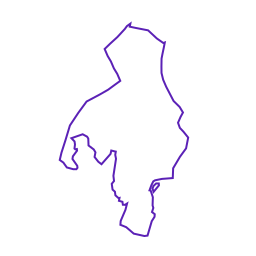 outline of Yonan, Hwanghae-namdo, North Korea, rotated 11°
{"feature_id": "82179303B35883429877711", "entity_name": "Yonan", "entity_type": "district", "adm_level": 2, "iso_a3": "PRK", "parent_name": "North Korea", "parent_adm1": "Hwanghae-namdo", "projection": "equal_earth", "projection_center": [126.071, 37.915], "detail": "fine", "context": "isolated", "style": "outline", "palette": "violet", "viewbox_px": 256, "rotation_deg": 11, "n_neighbors": 0, "source": "geoboundaries", "source_scale": "gbopen_adm2", "svg_char_len": 1588}
<svg xmlns="http://www.w3.org/2000/svg" viewBox="0 0 256 256"><g transform="rotate(11 128 128)"><path d="M67.1,172.4L71.2,174.3L72.0,175.1L75.5,178.4L82.2,178.9L85.2,178.3L86.0,176.7L85.4,174.8L79.4,169.0L79.3,166.3L82.3,160.0L81.8,158.4L80.4,159.0L79.4,158.4L79.1,154.3L78.1,151.4L74.4,148.8L84.7,142.8L86.6,143.4L89.5,144.3L91.0,145.9L92.6,152.7L98.5,155.6L100.7,158.1L100.7,162.8L105.3,166.8L108.9,168.6L115.8,156.8L115.9,153.3L119.6,153.5L120.5,153.5L120.6,156.8L122.1,160.5L122.8,177.7L124.4,182.7L122.7,185.9L124.6,191.4L127.3,193.0L128.5,196.5L132.2,198.7L133.0,198.3L133.0,201.2L136.6,201.5L137.6,204.3L139.7,204.0L141.5,202.3L141.1,208.8L138.6,220.4L138.6,221.0L139.0,224.5L140.8,224.8L145.2,225.7L153.8,230.6L164.7,230.9L167.7,229.9L169.1,214.9L171.0,210.1L170.7,207.5L167.6,205.9L168.1,201.6L166.9,199.3L165.6,191.2L162.2,185.1L161.0,185.1L161.9,179.6L163.0,175.6L164.5,174.2L171.0,171.5L181.5,168.6L180.0,158.9L184.5,146.3L188.9,136.9L188.9,125.9L183.2,121.1L178.9,118.0L176.1,113.3L177.5,107.0L179.0,102.3L174.7,97.5L167.6,92.8L157.6,80.2L153.3,73.9L150.4,67.6L149.1,61.3L147.7,53.5L147.7,48.8L147.8,42.5L147.8,39.3L147.8,37.0L146.4,37.8L139.2,34.6L129.1,28.3L120.5,28.3L116.2,28.3L110.4,28.2L110.4,25.1L107.5,28.2L106.0,31.4L103.1,36.1L100.2,40.8L94.4,48.6L90.0,54.9L94.3,61.2L98.5,65.9L102.8,72.2L107.1,76.9L111.4,83.2L107.0,87.9L101.2,94.2L93.9,100.5L88.1,105.2L82.3,109.9L76.4,122.4L70.5,136.6L68.9,152.3L67.4,164.9L67.1,172.4ZM169.3,178.4L168.8,176.6L166.2,177.1L164.1,180.0L163.6,182.7L165.3,185.8L169.3,178.4Z" fill="none" stroke="#5b21b6" stroke-width="2"/></g></svg>